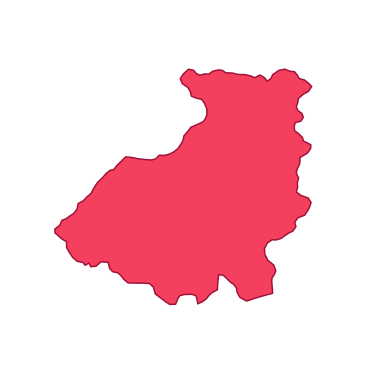 the district of Atílio Vivacqua, Espírito Santo, Brazil, rotated 75°
{"feature_id": "56859067B41366298318676", "entity_name": "Atílio Vivacqua", "entity_type": "district", "adm_level": 2, "iso_a3": "BRA", "parent_name": "Brazil", "parent_adm1": "Espírito Santo", "projection": "robinson", "projection_center": [-41.188, -20.969], "detail": "fine", "context": "isolated", "style": "filled", "palette": "rose", "viewbox_px": 384, "rotation_deg": 75, "n_neighbors": 0, "source": "geoboundaries", "source_scale": "gbopen_adm2", "svg_char_len": 2329}
<svg xmlns="http://www.w3.org/2000/svg" viewBox="0 0 384 384"><g transform="rotate(75 192 192)"><path d="M311.5,167.4L310.9,158.9L310.7,149.0L310.7,140.4L306.8,139.5L302.7,138.8L299.0,138.2L295.5,136.8L292.8,133.6L289.6,131.4L283.5,132.1L277.6,136.4L271.0,137.8L265.3,136.6L260.6,132.1L258.9,126.9L260.1,123.0L259.9,118.3L258.3,113.9L256.8,109.4L255.8,104.6L252.4,100.6L247.8,100.6L244.3,96.3L243.5,89.1L239.8,84.8L236.5,82.0L232.9,79.7L227.9,81.3L223.5,87.7L219.0,91.2L214.7,88.7L210.6,88.0L205.9,85.4L200.6,86.4L197.1,84.4L192.5,80.6L186.6,78.6L184.3,70.5L180.8,66.2L177.2,65.0L174.4,67.8L171.6,71.2L168.0,71.2L163.8,73.5L159.4,77.0L155.2,76.3L151.7,74.3L151.8,68.6L148.5,65.1L144.5,65.6L140.9,68.5L136.8,69.3L133.7,67.1L129.2,65.0L126.5,59.4L124.9,53.4L121.0,49.1L116.3,51.8L112.8,54.5L110.3,59.0L106.4,60.0L102.3,61.9L100.6,66.4L97.4,70.5L97.0,76.6L99.6,83.8L102.7,86.2L104.5,90.7L100.4,92.3L96.6,96.1L97.8,101.9L95.3,104.9L92.4,110.3L90.2,117.5L87.5,122.3L85.6,128.5L82.2,131.4L80.9,135.2L80.7,140.8L82.5,145.3L81.2,149.2L81.3,154.1L78.6,157.3L74.9,158.9L72.5,163.5L75.9,170.1L79.7,174.1L85.1,173.2L89.9,169.0L94.8,167.6L99.2,167.8L102.5,163.5L105.1,158.6L109.7,157.0L115.5,156.2L121.0,157.5L124.3,159.8L127.0,162.9L128.2,169.7L129.1,176.1L132.5,180.6L135.8,185.4L139.5,187.0L142.9,190.3L146.4,194.4L148.5,199.1L149.5,203.7L149.6,208.8L148.0,214.2L150.5,218.2L150.6,222.8L148.9,227.8L146.1,235.1L143.2,240.9L140.9,246.8L144.2,252.8L147.1,258.0L150.0,261.6L149.9,265.7L151.8,270.0L155.2,275.1L158.4,280.9L162.8,285.8L167.2,289.8L169.7,295.0L172.4,299.3L173.6,304.8L178.8,307.5L182.2,312.0L183.7,316.7L185.3,320.8L185.7,325.0L189.8,328.2L192.3,334.0L196.1,334.9L200.3,332.0L203.7,329.9L207.5,326.1L213.3,327.5L218.6,326.1L224.4,324.1L229.3,320.8L231.8,315.6L235.1,314.2L234.0,309.9L238.0,309.1L238.8,303.9L235.9,298.0L238.1,291.3L244.7,291.3L248.4,289.3L250.9,284.6L254.6,282.1L258.7,280.5L263.2,277.3L265.1,271.1L267.1,263.8L269.4,256.8L273.9,253.9L281.0,253.8L291.2,245.9L294.9,242.5L296.1,236.9L291.7,233.5L288.9,230.6L289.1,225.6L290.8,218.5L293.3,215.0L297.3,215.0L301.4,215.3L300.8,210.8L299.0,206.0L296.7,202.9L294.6,199.3L293.0,192.8L285.4,190.3L278.8,187.6L280.5,183.4L284.8,180.7L289.1,178.2L292.2,175.5L296.5,173.9L300.4,174.4L306.2,173.0L311.5,167.4Z" fill="#f43f5e" stroke="#9f1239" stroke-width="1.5"/></g></svg>